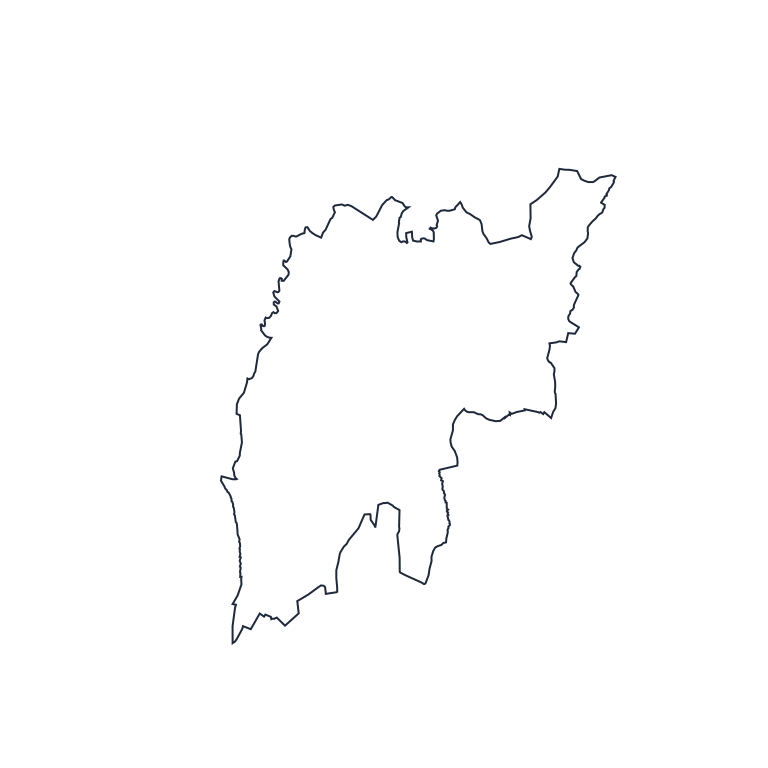 the district of Halmasd, Salaj, Romania, rotated 123°
{"feature_id": "2599482B57366951483701", "entity_name": "Halmasd", "entity_type": "district", "adm_level": 2, "iso_a3": "ROU", "parent_name": "Romania", "parent_adm1": "Salaj", "projection": "equal_earth", "projection_center": [22.598, 47.158], "detail": "fine", "context": "isolated", "style": "outline", "palette": "slate", "viewbox_px": 768, "rotation_deg": 123, "n_neighbors": 0, "source": "geoboundaries", "source_scale": "gbopen_adm2", "svg_char_len": 6144}
<svg xmlns="http://www.w3.org/2000/svg" viewBox="0 0 768 768"><g transform="rotate(123 384 384)"><path d="M669.6,379.1L683.8,369.8L681.2,368.7L677.7,368.6L666.4,369.5L663.9,370.4L662.2,362.2L644.2,363.2L644.4,357.9L642.0,357.9L640.9,352.1L642.6,350.4L641.6,349.8L640.9,348.4L638.3,346.7L640.6,335.4L622.8,330.6L613.3,338.5L602.0,332.9L589.9,328.3L587.2,327.1L586.1,324.8L586.2,323.5L586.5,322.7L591.7,318.5L584.5,310.4L583.7,310.1L580.1,312.5L572.6,318.4L566.1,322.6L557.9,325.4L550.5,328.6L547.5,329.0L542.1,329.1L538.6,328.2L533.9,328.6L519.0,326.8L504.0,329.3L500.7,324.7L500.9,324.2L505.2,321.2L507.7,315.0L509.1,313.1L488.4,322.9L484.2,319.7L483.0,317.8L481.6,316.5L481.2,310.2L481.6,309.5L481.7,308.1L481.3,302.3L495.5,293.6L497.0,292.2L499.5,291.1L502.3,291.0L503.8,290.3L521.3,276.2L533.1,268.4L533.3,267.7L532.7,261.8L530.0,243.8L530.1,241.6L529.5,240.9L528.1,240.7L520.0,242.5L513.9,245.3L506.7,247.6L503.0,250.1L497.4,251.7L493.3,252.0L490.7,250.6L487.7,248.2L484.9,247.6L483.1,245.7L479.5,247.6L473.7,249.7L471.4,251.4L469.7,251.4L468.8,252.3L466.3,251.9L465.6,252.4L465.3,253.2L464.4,253.5L463.0,255.0L463.0,255.9L459.8,259.2L458.8,258.6L457.6,260.4L456.8,260.4L456.6,261.9L456.2,262.2L454.4,261.8L454.4,263.4L449.4,266.8L449.8,267.9L448.6,268.5L448.2,269.8L446.4,271.6L443.7,272.4L442.8,274.4L442.2,274.5L441.1,275.7L440.9,277.0L440.2,277.9L437.9,278.9L436.2,280.8L433.4,281.7L433.7,283.7L431.6,284.4L431.0,287.5L429.8,287.8L428.9,289.1L427.6,289.2L427.2,290.6L425.6,290.6L412.5,278.1L409.7,279.6L405.8,282.6L401.7,288.1L399.7,293.1L396.9,296.2L394.1,298.2L385.4,300.9L380.3,304.2L375.7,305.0L371.1,305.1L361.2,303.3L361.8,302.0L362.1,300.0L361.8,298.1L358.7,293.3L358.1,288.8L356.8,286.4L356.4,284.4L357.2,279.7L356.7,276.3L354.4,270.1L351.6,266.4L346.0,264.6L346.6,264.1L341.8,262.6L341.5,261.4L339.4,263.1L339.5,260.6L335.3,257.5L329.5,251.6L328.6,252.4L323.9,240.1L323.4,238.0L322.3,237.6L322.5,234.1L320.3,234.2L321.5,225.3L315.5,226.9L310.8,227.1L306.7,229.0L298.8,234.8L298.4,235.7L297.0,236.9L293.7,238.5L289.2,241.5L283.3,246.9L281.0,247.7L277.9,249.6L275.3,255.8L275.7,257.0L275.4,257.4L275.3,258.6L273.5,261.2L265.1,263.9L261.6,265.6L259.8,267.4L255.2,262.1L252.7,260.2L249.7,254.1L241.0,257.2L237.8,251.2L230.3,251.4L230.5,261.9L230.3,263.1L229.0,265.0L226.7,266.3L223.6,266.3L221.3,267.4L219.1,266.3L216.2,266.4L215.3,267.3L213.6,267.9L203.4,269.4L203.0,270.0L202.4,273.6L199.3,278.2L198.6,281.5L197.9,282.4L190.9,282.1L188.7,281.5L185.1,283.4L181.7,283.2L180.9,282.7L178.7,283.2L178.5,284.8L179.1,285.3L178.5,291.1L175.8,294.5L170.7,295.8L167.2,295.5L165.0,296.0L163.0,295.7L155.7,293.0L151.2,292.7L146.3,295.0L145.1,296.3L141.7,298.4L139.6,298.5L133.8,297.7L130.1,296.6L126.5,296.4L124.0,295.7L122.0,294.6L120.8,294.5L118.2,295.2L116.1,295.0L113.6,296.4L113.7,300.7L113.3,300.8L107.7,300.5L106.5,301.0L104.7,299.7L103.7,300.3L103.6,300.9L99.1,300.9L97.1,301.6L95.2,300.8L89.9,301.0L89.0,301.5L88.7,302.1L84.2,302.6L84.9,306.8L93.5,315.8L99.5,317.9L100.9,318.8L103.3,322.5L104.4,326.6L104.8,330.3L100.2,338.0L103.3,345.0L105.8,349.1L108.1,354.1L115.4,351.3L129.2,352.1L135.7,353.0L146.6,356.1L153.5,359.1L165.2,351.3L172.6,348.2L175.7,345.3L180.0,340.3L182.5,339.7L184.1,349.4L187.7,351.5L193.1,356.9L202.0,364.4L208.5,371.0L208.3,373.2L205.7,377.7L203.9,382.4L202.0,384.9L196.8,389.2L194.5,392.5L194.3,393.2L194.8,398.9L194.6,404.4L195.1,408.3L193.2,414.0L191.1,416.7L189.9,419.2L197.1,420.4L198.9,419.8L202.9,423.3L204.4,425.5L205.1,427.6L207.7,430.7L212.3,432.3L214.2,432.0L217.7,427.6L222.0,426.5L222.8,425.3L224.4,425.1L226.0,426.3L227.5,428.8L227.4,430.0L228.9,430.2L228.6,426.8L229.6,425.0L235.6,420.9L237.5,420.2L239.9,426.3L239.8,429.3L240.4,430.3L241.5,431.5L242.6,431.9L244.4,430.7L246.5,433.9L247.9,437.7L245.7,440.2L241.1,443.6L245.4,447.6L248.7,445.3L252.5,441.4L253.2,441.6L253.1,444.1L253.9,445.6L255.7,446.7L255.5,449.4L253.2,452.7L249.4,455.4L240.7,459.0L240.2,459.7L236.1,461.5L234.8,460.9L231.1,462.1L228.3,462.0L222.5,459.7L223.8,461.6L223.7,463.4L222.1,467.1L223.8,474.8L222.8,478.9L223.1,479.6L226.4,480.5L228.4,481.9L234.8,483.0L247.9,481.7L252.4,482.7L252.6,508.1L253.4,511.9L255.9,514.1L256.3,517.0L260.9,522.3L263.0,523.0L265.3,520.9L266.7,518.7L272.8,517.9L274.7,518.7L286.4,517.0L290.3,517.6L295.5,516.4L296.4,522.4L296.4,526.3L296.0,529.6L294.2,533.6L295.4,535.1L298.4,534.2L300.6,532.9L301.0,533.1L303.0,535.0L307.9,537.7L308.5,538.5L308.9,540.2L310.0,542.2L312.6,542.7L314.4,542.2L318.2,539.1L320.0,537.3L321.6,534.9L327.9,532.1L334.1,532.1L335.1,532.7L334.8,535.0L335.1,535.4L337.3,534.5L339.3,533.2L340.4,527.4L341.2,526.1L342.0,524.8L344.4,523.6L352.1,524.3L353.1,526.1L351.4,527.0L351.6,528.7L352.2,529.1L355.4,528.3L362.8,522.5L364.2,522.6L365.1,523.3L365.8,526.6L367.6,526.7L370.3,523.5L371.8,516.6L373.7,516.2L374.4,517.1L374.1,520.0L374.5,520.7L375.7,520.9L377.4,519.7L377.5,516.4L380.5,512.5L383.1,512.8L384.1,514.2L384.0,515.9L385.7,516.5L388.3,515.9L391.0,516.3L392.5,518.0L392.7,519.4L395.7,518.9L397.9,516.9L400.1,515.7L401.0,516.2L401.3,517.5L400.6,519.1L401.0,519.6L401.8,519.7L404.8,516.8L405.9,516.3L408.1,510.2L408.1,507.5L407.4,505.0L406.6,503.6L414.3,503.5L420.1,505.6L424.9,506.3L427.7,505.8L443.6,498.7L446.0,498.6L448.2,497.9L451.0,498.0L453.6,499.9L453.7,501.5L457.8,499.6L467.7,496.7L475.1,497.6L481.0,496.4L489.3,491.4L488.7,487.8L500.9,478.6L503.7,477.1L503.8,476.5L504.7,475.7L510.4,471.3L520.2,467.4L522.7,465.9L528.8,465.2L530.0,466.4L537.0,464.9L540.0,461.5L542.5,459.5L543.8,456.9L543.9,455.8L544.6,456.3L546.4,459.2L549.9,469.9L553.9,468.1L556.7,462.3L558.1,460.3L558.8,457.6L559.7,456.7L559.8,454.9L561.9,451.2L562.8,450.6L563.3,449.4L565.3,448.0L565.5,447.0L567.1,445.0L568.9,443.9L570.0,442.2L573.2,439.4L574.9,438.9L575.5,437.4L580.5,433.2L580.7,432.1L582.3,430.5L590.0,424.7L592.8,420.6L595.4,419.4L595.9,418.2L598.5,416.2L600.8,415.6L601.2,414.7L602.8,414.0L604.8,411.9L607.7,410.9L607.4,409.7L610.9,408.7L612.6,406.3L615.7,405.4L615.8,404.6L616.2,404.1L620.3,402.3L620.8,401.4L624.1,399.6L623.3,398.5L625.6,397.4L629.7,394.4L641.0,391.6L651.0,391.1L649.8,387.9L652.7,387.1L669.6,379.1Z" fill="none" stroke="#1e293b" stroke-width="2"/></g></svg>